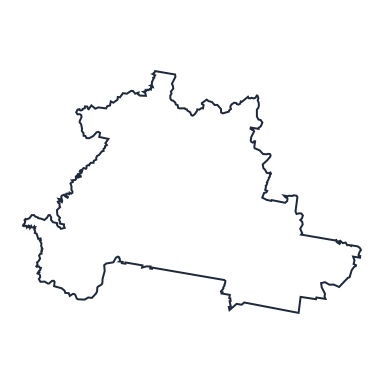 Wollondilly, New South Wales, Australia
{"feature_id": "25037944B50548000085953", "entity_name": "Wollondilly", "entity_type": "district", "adm_level": 2, "iso_a3": "AUS", "parent_name": "Australia", "parent_adm1": "New South Wales", "projection": "robinson", "projection_center": [150.422, -34.07], "detail": "fine", "context": "isolated", "style": "outline", "palette": "slate", "viewbox_px": 384, "rotation_deg": 0, "n_neighbors": 0, "source": "geoboundaries", "source_scale": "gbopen_adm2", "svg_char_len": 5858}
<svg xmlns="http://www.w3.org/2000/svg" viewBox="0 0 384 384"><path d="M87.3,106.6L85.0,106.4L84.8,108.2L82.6,109.0L82.4,109.9L81.0,110.5L79.6,110.1L79.4,109.2L77.6,109.6L76.2,112.3L77.5,114.3L79.7,114.2L81.2,115.0L81.5,117.2L79.7,121.1L79.7,122.4L81.1,124.2L82.0,128.5L81.8,130.9L83.5,133.1L83.6,135.8L85.4,136.0L86.5,138.1L89.2,138.2L93.3,136.0L96.6,132.3L98.4,131.9L100.0,132.8L99.3,137.0L108.4,138.9L105.4,143.2L106.9,145.0L105.0,146.2L105.0,147.7L103.5,148.9L103.6,151.0L101.8,151.4L99.1,154.9L97.1,155.9L96.2,157.8L96.3,159.6L93.8,160.8L93.5,162.8L90.9,162.8L89.7,163.9L89.2,165.3L88.2,165.1L86.5,166.0L86.5,168.0L85.9,168.8L83.6,168.0L82.5,169.3L82.1,170.9L81.3,170.0L80.4,170.3L79.8,171.3L81.2,172.1L81.3,172.9L77.9,174.1L77.5,174.9L78.6,175.6L80.5,175.5L80.8,176.6L77.9,177.6L76.6,175.9L75.8,176.6L76.0,179.0L75.3,179.9L72.1,180.3L72.9,181.0L72.8,182.1L71.3,182.6L70.5,183.6L71.5,186.4L71.4,189.8L72.4,191.3L72.4,192.8L71.1,193.7L69.5,192.6L69.1,194.2L67.2,193.5L66.3,193.8L65.7,195.3L67.9,196.9L67.6,197.7L65.2,196.4L64.0,194.7L61.6,195.8L61.2,197.0L62.2,200.8L61.9,202.1L60.8,201.4L60.6,199.2L58.6,198.9L60.1,200.9L57.8,201.7L58.1,202.6L59.6,203.5L59.5,206.0L60.1,207.1L57.0,210.0L57.2,213.9L57.5,215.1L60.0,217.8L59.0,219.7L60.2,222.2L60.0,223.6L64.0,224.4L63.8,225.6L64.7,227.9L60.8,228.8L59.9,227.3L58.1,226.6L56.9,224.6L57.2,223.1L52.9,222.2L51.0,219.8L51.2,217.3L49.7,215.0L48.5,215.2L47.0,217.7L44.3,220.0L41.2,218.7L38.2,218.2L38.0,217.5L35.3,216.6L34.1,215.1L31.7,215.1L29.5,218.2L26.6,219.4L25.6,218.9L24.5,220.1L25.2,221.5L24.7,223.3L23.3,224.8L23.0,225.7L23.9,226.2L24.4,225.6L26.1,225.8L26.8,227.5L27.4,226.8L28.4,227.1L28.0,226.0L28.6,225.5L29.2,225.9L29.1,226.8L29.7,226.6L30.0,227.9L31.1,226.1L31.6,227.3L33.3,227.6L34.2,226.6L34.3,227.2L35.0,227.2L34.6,227.7L35.1,228.5L34.3,229.4L35.2,231.7L34.8,232.9L36.6,233.7L38.3,238.9L40.5,238.4L40.9,240.1L39.9,240.7L41.4,243.2L41.2,246.2L42.4,248.8L41.7,249.1L42.0,250.9L41.3,251.2L41.6,253.6L40.3,253.8L39.1,255.6L40.1,258.6L38.4,261.4L37.0,262.4L37.6,264.5L36.3,266.3L36.8,266.8L38.8,266.4L39.9,267.8L40.9,267.9L40.2,270.0L39.2,270.6L39.4,272.1L38.0,272.3L37.5,273.5L39.3,274.2L40.0,275.4L40.2,277.1L38.9,279.0L40.4,281.8L44.7,281.6L47.8,283.5L49.0,283.5L52.0,280.9L53.8,280.8L54.6,281.8L54.1,286.2L61.7,288.3L64.6,290.7L65.3,292.9L68.8,293.2L69.8,295.9L72.9,293.9L74.1,294.0L75.3,294.9L76.8,298.6L78.0,299.3L84.7,299.6L88.2,297.5L91.9,297.9L96.1,293.4L97.1,291.2L97.3,287.6L97.9,286.7L101.5,284.6L102.3,283.3L102.6,278.7L104.7,271.0L104.2,265.2L106.3,263.5L113.4,262.3L115.9,257.7L117.9,256.6L119.2,257.3L119.2,258.3L119.7,258.7L120.0,261.1L119.4,261.5L122.5,261.9L122.0,263.2L125.4,263.7L125.6,262.5L142.5,265.4L142.1,267.6L146.2,266.4L150.5,266.5L150.2,268.5L152.0,268.8L152.2,267.6L224.2,280.0L225.4,281.0L225.0,283.7L224.4,284.5L224.5,285.7L223.3,287.3L223.4,288.6L220.9,291.5L221.2,292.3L222.4,292.4L221.8,293.5L229.8,294.9L229.3,298.2L230.3,298.4L230.6,301.0L229.6,301.2L230.8,306.6L228.8,307.0L229.5,310.1L236.6,303.9L241.6,304.7L244.3,302.5L298.6,312.9L300.6,296.9L316.0,299.2L316.4,297.5L325.5,298.9L324.5,296.3L325.0,293.8L321.7,287.3L321.1,283.1L325.0,282.2L329.4,284.7L333.8,284.6L339.1,287.0L347.9,277.8L349.5,277.4L351.7,270.2L353.9,267.1L355.9,265.9L356.0,265.2L353.6,264.0L354.5,260.4L353.1,256.6L360.0,257.7L360.2,256.0L358.7,255.7L358.5,255.1L359.6,251.9L361.0,249.9L359.6,247.7L357.7,246.4L351.4,245.3L351.1,246.0L349.2,245.0L347.2,245.2L345.6,242.6L342.8,243.1L340.2,240.8L339.4,241.3L340.0,243.4L339.6,243.9L337.5,242.6L338.8,241.3L336.4,241.3L336.2,240.0L334.9,240.4L301.1,234.6L302.2,233.2L300.2,228.8L302.7,224.4L302.2,221.8L300.3,220.0L301.8,218.6L302.9,215.6L301.4,213.5L299.2,213.3L296.6,214.0L295.5,211.5L297.4,197.1L296.5,195.7L293.4,195.3L292.2,196.0L289.2,195.7L287.4,196.2L284.0,195.6L285.9,197.6L287.2,198.0L287.5,198.9L287.1,201.1L285.1,202.8L271.8,200.1L271.4,200.9L266.7,199.9L262.3,197.6L264.1,192.9L266.3,192.4L267.2,190.9L265.2,189.9L266.0,186.9L265.7,185.8L266.7,184.8L267.3,182.7L266.9,182.4L268.8,178.8L268.8,177.6L269.8,176.8L270.0,174.9L271.0,173.8L270.4,172.5L269.2,173.2L266.7,172.8L264.9,169.5L263.4,168.2L262.7,164.4L266.9,160.6L270.2,156.8L270.6,155.4L270.1,154.2L268.7,153.8L266.2,154.3L263.0,154.0L259.7,150.4L254.6,148.2L254.3,146.9L255.1,141.3L254.3,141.2L253.6,142.4L252.6,142.6L251.2,141.7L250.7,140.5L251.3,136.9L254.1,131.4L253.2,129.6L252.5,130.0L250.5,128.8L250.8,127.5L258.6,128.9L258.6,127.9L260.8,126.3L262.4,122.6L260.6,120.0L258.4,119.5L256.9,116.5L256.9,109.5L258.3,108.0L258.9,105.7L258.7,102.6L257.7,100.3L258.4,98.2L257.5,95.7L256.8,95.5L255.5,97.8L253.7,98.4L251.4,97.8L250.4,98.4L248.7,98.2L248.0,96.8L241.7,101.9L240.8,101.5L240.1,103.7L238.5,104.6L236.8,104.1L236.4,103.1L234.2,102.7L231.9,104.2L230.7,105.6L230.3,107.1L231.0,109.0L229.1,110.4L228.9,111.6L222.8,113.4L221.1,112.4L221.0,109.0L217.3,104.9L214.7,105.0L211.8,101.9L208.6,101.2L206.7,99.6L201.9,103.1L201.9,104.0L203.6,105.0L203.0,108.4L201.3,108.2L199.2,109.7L197.3,109.4L197.1,110.7L194.6,114.4L192.6,115.7L191.4,115.2L190.1,112.2L187.3,110.5L186.9,109.4L185.3,109.1L184.8,108.3L179.6,108.4L178.1,107.8L177.6,105.1L175.8,104.5L175.2,102.4L172.8,100.5L171.5,100.3L170.4,98.7L170.3,95.6L171.5,93.6L170.9,91.7L173.3,88.5L172.9,85.8L171.9,83.8L175.4,76.9L175.1,74.5L155.1,71.1L154.5,72.6L153.7,73.0L153.7,73.8L152.8,74.1L155.1,75.3L154.4,76.1L154.3,77.6L153.2,77.8L153.5,78.8L152.0,81.9L151.8,84.9L150.6,85.5L152.5,86.1L152.9,87.3L151.1,87.1L150.9,89.5L149.7,89.0L148.6,90.2L147.2,89.7L146.5,90.7L145.5,90.1L145.2,91.4L143.4,91.8L145.3,93.0L145.9,95.8L139.9,95.6L138.1,94.3L138.5,92.6L135.2,93.7L133.0,91.0L131.2,90.8L126.9,93.7L122.9,93.2L120.0,97.3L117.8,97.0L117.5,99.7L113.3,102.7L110.8,101.4L110.0,105.5L107.4,106.1L106.1,108.4L98.3,107.4L95.3,108.7L91.4,105.4L88.7,109.2L88.0,108.7L87.3,106.6Z" fill="none" stroke="#1e293b" stroke-width="2"/></svg>